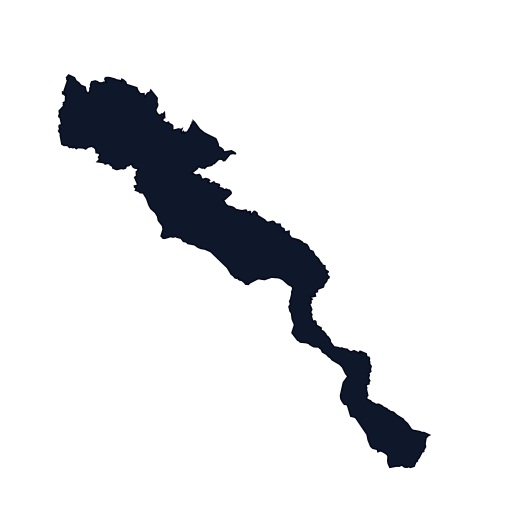 outline of Salatrucu, Arges, Romania, rotated 135°
{"feature_id": "2599482B50481554090017", "entity_name": "Salatrucu", "entity_type": "district", "adm_level": 2, "iso_a3": "ROU", "parent_name": "Romania", "parent_adm1": "Arges", "projection": "albers", "projection_center": [24.508, 45.42], "detail": "fine", "context": "isolated", "style": "filled", "palette": "ink", "viewbox_px": 512, "rotation_deg": 135, "n_neighbors": 0, "source": "geoboundaries", "source_scale": "gbopen_adm2", "svg_char_len": 6080}
<svg xmlns="http://www.w3.org/2000/svg" viewBox="0 0 512 512"><g transform="rotate(135 256 256)"><path d="M307.2,484.0L307.8,480.6L309.1,479.7L314.0,472.7L313.7,472.6L314.1,472.0L313.6,470.0L311.1,467.5L311.1,464.5L310.0,464.1L308.9,462.0L307.4,461.5L307.2,459.0L305.2,458.5L301.8,454.7L300.8,452.1L297.8,451.8L294.6,449.8L293.7,447.2L293.8,444.8L296.0,442.1L294.3,439.7L295.1,437.5L297.5,437.3L298.3,434.9L301.6,434.9L298.2,430.5L297.4,428.4L297.7,427.7L295.9,426.7L294.1,424.8L294.8,423.4L294.3,422.4L294.2,420.6L295.1,419.0L293.9,417.7L294.2,417.0L293.0,415.3L289.6,413.4L288.0,411.3L286.1,410.4L284.9,411.1L283.0,410.8L282.0,409.8L280.6,409.8L278.4,408.7L279.5,407.7L280.0,405.8L279.6,404.1L277.7,401.3L279.0,400.0L281.2,400.1L283.9,397.0L286.2,397.4L288.8,390.9L290.3,389.8L292.4,391.5L293.2,390.5L292.9,389.8L293.1,388.3L294.8,387.8L293.2,384.5L293.3,383.0L290.9,379.9L291.5,379.0L292.7,374.0L295.8,367.5L296.8,364.0L296.5,357.9L297.6,353.5L299.9,350.2L300.8,343.2L302.9,340.5L308.9,337.3L308.2,336.2L308.3,335.3L309.1,335.8L309.2,334.3L308.0,333.0L302.2,329.9L301.7,328.4L298.9,326.5L298.6,325.1L296.4,321.6L297.0,317.6L295.3,315.3L295.4,313.1L291.5,307.4L290.8,303.1L289.6,300.3L287.3,297.1L284.9,291.2L284.5,268.0L286.4,260.7L286.0,258.0L286.3,255.4L285.5,254.0L283.8,253.1L284.9,252.0L284.3,250.1L283.3,249.2L282.9,245.2L283.3,243.5L281.5,241.3L279.4,241.4L270.5,238.5L266.6,233.3L260.0,230.1L255.1,224.3L253.7,220.4L253.3,212.9L252.2,209.7L252.2,208.2L253.5,206.5L256.1,205.4L257.3,203.9L262.5,200.7L264.3,200.2L265.0,198.5L266.6,197.1L268.5,196.9L271.0,192.7L271.1,190.8L275.1,185.6L277.4,180.1L284.9,176.2L286.1,167.1L285.5,165.4L285.6,163.9L281.6,159.0L280.4,156.5L280.5,155.1L279.3,151.0L276.0,147.3L276.1,145.5L275.7,144.6L276.9,141.0L275.7,137.0L275.8,133.5L275.3,131.5L275.6,128.6L273.4,120.5L273.4,116.3L275.8,109.3L276.1,105.9L283.6,104.8L294.9,97.6L296.9,95.1L297.9,92.0L298.4,88.6L297.2,87.5L296.9,85.6L302.3,75.7L300.2,72.4L299.9,70.9L303.7,51.2L306.8,46.6L309.5,40.3L309.4,37.5L306.9,33.4L308.2,31.4L305.6,30.2L304.6,27.6L303.6,22.9L304.5,20.7L307.5,18.2L309.3,15.8L310.8,11.9L305.3,8.2L303.4,6.1L300.8,5.2L300.1,1.5L298.2,-0.5L297.0,-0.8L296.3,-2.7L292.8,-4.5L288.9,-2.7L286.8,-3.1L286.0,-2.2L283.3,-2.0L277.1,0.0L275.6,-0.8L274.8,0.2L271.0,1.2L269.3,3.7L264.5,7.1L261.4,7.2L259.9,6.7L262.1,12.5L263.3,13.5L264.5,16.3L268.5,22.1L268.6,24.3L267.4,30.3L267.7,35.3L267.2,36.3L269.1,44.0L269.2,48.3L271.0,51.2L271.1,52.9L271.7,53.7L271.4,55.3L272.9,59.3L272.8,60.7L274.0,64.4L276.4,66.4L276.4,67.6L277.6,70.8L277.4,72.7L278.8,76.1L277.6,78.1L275.5,78.4L272.3,83.6L270.9,84.5L269.9,86.7L268.8,86.8L266.5,85.7L265.5,86.9L263.8,87.3L262.9,90.1L260.0,91.7L259.6,93.5L256.5,93.2L255.0,95.3L252.6,96.5L251.9,99.7L250.7,100.4L249.7,102.4L248.4,103.0L247.7,104.4L249.0,106.4L247.2,108.9L249.6,114.8L250.2,115.2L250.7,113.8L251.5,113.8L253.6,119.7L256.8,121.1L257.5,123.6L257.4,125.4L259.9,128.8L260.3,130.3L262.0,131.5L262.7,133.3L265.1,136.5L264.3,142.4L262.8,144.5L262.2,147.9L262.6,150.0L261.9,151.5L261.6,155.1L262.7,157.5L260.8,159.0L262.3,164.3L260.0,167.4L260.2,168.5L261.9,169.5L261.9,170.0L259.5,174.3L257.9,175.0L257.2,177.7L254.3,178.8L252.0,184.3L250.1,183.9L248.6,186.0L246.9,185.7L247.1,187.7L246.0,188.8L245.3,187.5L242.3,185.6L240.2,188.7L237.8,187.3L236.8,188.5L235.6,188.8L230.2,186.4L227.9,187.9L223.7,188.3L221.9,189.4L219.8,189.0L219.0,189.7L219.2,191.1L218.0,194.3L216.5,193.6L216.0,193.9L216.8,197.6L214.2,200.4L215.7,203.0L214.7,204.4L215.0,205.8L213.8,209.9L214.1,214.7L212.5,218.9L214.0,222.4L212.6,225.2L212.0,228.2L213.8,232.2L213.4,233.1L214.3,236.9L218.2,243.7L217.5,247.8L215.0,250.2L218.7,252.5L217.0,255.5L218.1,258.6L216.5,261.5L219.0,264.0L219.3,265.1L219.1,267.6L219.7,268.8L223.6,271.2L224.5,272.6L224.3,275.4L226.3,283.7L224.8,285.8L225.3,288.4L225.8,288.9L230.3,288.8L230.2,290.1L228.7,291.1L228.7,291.7L231.4,293.3L230.5,295.2L230.7,295.7L234.0,298.0L237.4,303.1L237.5,305.8L238.3,307.9L240.6,311.2L240.8,313.7L239.5,318.6L237.7,318.0L229.9,317.7L228.9,318.1L228.2,319.7L228.4,321.8L229.1,322.2L229.7,324.3L232.1,325.4L231.7,327.2L233.8,330.7L233.6,331.5L232.1,331.5L231.4,332.6L233.7,336.5L233.4,338.2L236.5,339.2L237.2,340.3L237.5,342.2L235.3,342.3L235.3,343.7L236.8,346.4L239.7,347.9L239.6,349.5L238.5,351.8L238.4,353.7L241.4,355.7L242.7,360.2L235.8,359.3L233.5,360.1L231.9,356.2L230.7,355.5L230.4,354.3L227.4,354.2L223.8,351.8L222.5,351.4L221.4,351.9L220.4,350.9L213.8,350.8L211.5,348.4L211.7,346.4L210.5,345.6L202.3,346.4L199.6,344.7L198.6,343.0L198.1,342.9L197.9,343.9L199.0,347.8L205.1,352.1L204.1,354.8L204.4,357.7L205.2,359.4L205.0,360.2L203.3,362.5L201.5,367.3L205.5,379.4L206.2,385.6L204.9,393.6L204.9,395.9L205.7,395.1L206.5,395.7L207.7,394.7L209.6,394.5L210.6,393.7L217.1,392.2L218.1,393.2L219.8,393.5L219.2,395.3L221.5,395.6L220.9,397.0L218.5,398.2L219.5,398.4L220.9,400.6L225.0,403.0L225.8,404.1L222.9,406.8L222.7,408.0L223.7,411.3L223.2,412.5L225.5,413.6L226.3,417.5L226.1,418.7L224.9,418.6L224.1,419.5L223.6,418.7L222.9,419.3L222.5,418.6L219.4,422.2L221.6,422.2L222.3,423.2L224.4,423.1L225.1,425.3L224.8,427.6L223.7,430.2L219.2,431.9L218.1,433.0L217.5,434.7L214.2,437.6L213.1,447.7L215.1,446.8L217.6,447.9L221.9,447.1L221.5,448.8L220.4,450.0L222.5,451.8L223.2,453.0L222.5,456.8L221.3,459.3L226.3,468.9L225.1,471.1L225.3,474.3L225.9,475.9L227.9,474.6L228.0,476.1L230.1,479.1L230.7,480.9L233.5,485.8L235.8,488.2L237.1,488.4L238.0,487.7L239.0,484.6L240.6,486.5L242.6,487.2L243.8,488.7L244.5,488.8L244.8,491.3L245.8,493.4L249.1,495.4L252.1,494.0L252.8,492.6L254.8,492.1L256.0,490.7L258.7,489.5L260.0,490.5L259.5,493.1L257.3,496.2L259.2,500.7L258.8,503.7L259.4,507.1L258.3,510.4L260.5,516.5L263.9,516.1L264.0,515.3L265.0,514.5L264.5,513.6L274.3,508.8L275.9,507.8L276.1,507.1L276.8,508.7L278.0,507.5L277.2,505.6L277.5,505.2L276.7,504.4L281.1,500.4L282.2,500.0L283.8,500.7L284.5,499.2L285.3,499.2L285.5,498.1L292.6,497.8L294.4,495.3L296.5,494.5L296.9,493.6L296.6,492.3L300.4,486.5L301.2,486.3L302.3,487.4L303.2,487.3L304.5,485.8L304.6,484.6L307.2,484.0Z" fill="#0f172a" stroke="#020617" stroke-width="1.5"/></g></svg>